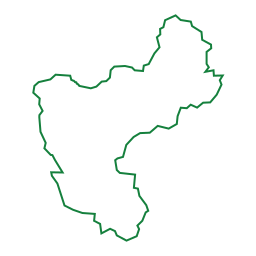 outline of Morgan, Utah, United States of America
{"feature_id": "52423323B27267193198482", "entity_name": "Morgan", "entity_type": "district", "adm_level": 2, "iso_a3": "USA", "parent_name": "United States of America", "parent_adm1": "Utah", "projection": "equal_earth", "projection_center": [-111.563, 41.077], "detail": "fine", "context": "isolated", "style": "outline", "palette": "green", "viewbox_px": 256, "rotation_deg": 0, "n_neighbors": 0, "source": "geoboundaries", "source_scale": "gbopen_adm2", "svg_char_len": 1406}
<svg xmlns="http://www.w3.org/2000/svg" viewBox="0 0 256 256"><path d="M210.2,102.4L216.7,94.7L221.5,84.6L219.8,80.2L222.7,75.5L213.9,75.7L213.5,70.3L205.4,71.8L208.8,67.3L206.6,63.9L206.6,51.9L211.2,48.3L211.0,44.6L202.2,39.8L201.5,32.0L192.1,26.1L190.8,21.6L180.6,20.0L175.6,15.4L165.1,20.2L163.4,27.2L160.1,28.9L160.3,34.4L156.9,37.3L159.5,47.3L154.4,53.4L148.7,64.1L143.8,65.6L143.0,71.0L134.7,70.3L132.0,67.5L125.0,66.0L114.3,66.6L110.7,70.2L109.9,77.6L106.3,81.1L101.7,81.6L96.4,86.6L90.8,88.3L79.3,85.9L79.1,85.4L78.7,85.2L78.2,84.4L77.2,83.7L76.8,83.7L76.3,82.3L75.7,82.3L75.0,82.1L74.8,81.7L73.7,80.7L72.9,80.6L72.2,80.2L71.3,79.9L70.2,75.7L55.6,74.7L50.4,79.4L38.7,82.1L34.4,85.9L33.3,92.7L39.7,98.5L39.2,104.3L42.6,110.9L39.4,115.1L39.3,117.1L40.5,131.8L45.7,142.9L44.4,148.3L50.7,154.9L52.4,155.1L54.9,159.9L62.6,172.5L51.2,172.3L51.9,175.8L57.4,183.5L64.5,205.5L73.1,209.8L82.4,213.0L94.8,213.9L94.1,220.8L100.1,223.9L101.4,233.4L110.1,228.8L115.0,231.1L116.8,235.4L126.5,240.6L136.7,236.2L139.1,229.1L137.4,225.6L142.3,220.8L145.7,212.4L148.2,210.8L146.3,205.2L139.4,195.9L137.9,188.6L133.9,187.8L135.1,174.6L119.8,172.9L116.8,170.0L115.2,160.2L117.5,158.4L123.0,156.9L126.3,144.9L133.6,137.0L140.1,133.1L149.8,132.7L157.7,125.9L168.7,128.6L176.8,124.0L177.6,116.2L180.8,107.7L186.8,108.2L190.7,104.7L197.1,107.6L203.1,102.7L210.2,102.4Z" fill="none" stroke="#15803d" stroke-width="2"/></svg>